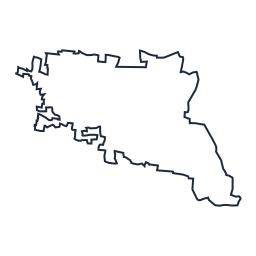 outline of Xocchel, Yucatán, Mexico
{"feature_id": "50627088B37931435586909", "entity_name": "Xocchel", "entity_type": "district", "adm_level": 2, "iso_a3": "MEX", "parent_name": "Mexico", "parent_adm1": "Yucatán", "projection": "albers", "projection_center": [-89.147, 20.795], "detail": "fine", "context": "isolated", "style": "outline", "palette": "slate", "viewbox_px": 256, "rotation_deg": 0, "n_neighbors": 0, "source": "geoboundaries", "source_scale": "gbopen_adm2", "svg_char_len": 4733}
<svg xmlns="http://www.w3.org/2000/svg" viewBox="0 0 256 256"><path d="M195.4,90.1L196.6,86.9L198.5,79.7L196.8,72.3L196.6,71.9L196.2,71.9L192.9,72.5L192.4,72.6L189.2,74.4L186.3,72.7L183.8,71.7L182.5,71.7L180.7,72.1L181.7,67.7L183.2,59.7L183.2,58.6L182.8,57.1L179.9,56.6L179.5,55.9L178.0,52.2L176.6,52.6L172.5,54.2L170.2,55.2L165.8,56.9L163.6,57.7L156.9,57.6L156.8,55.7L153.5,55.5L149.3,54.4L144.2,51.8L140.0,50.6L140.2,57.6L140.7,59.6L141.0,61.9L143.3,61.8L146.8,61.6L145.9,67.2L116.2,66.8L118.2,62.6L119.6,57.7L117.9,56.8L116.7,56.7L107.9,54.9L105.7,54.8L105.7,58.7L105.4,62.1L103.2,62.0L98.0,61.4L98.4,55.4L96.3,54.8L94.2,54.5L92.1,54.9L91.1,55.0L89.2,55.1L88.4,55.1L87.2,55.1L86.4,54.8L85.3,54.5L84.1,53.8L82.4,53.2L81.6,52.7L80.1,51.5L79.0,51.0L78.6,53.3L75.5,53.6L73.7,53.4L74.2,52.1L74.4,51.8L74.5,51.5L73.5,51.4L62.2,50.3L61.9,50.9L61.7,51.7L58.2,51.4L58.1,52.4L58.2,53.5L58.7,54.5L46.6,53.2L46.3,53.2L46.2,53.2L45.9,53.2L46.8,54.9L46.5,57.2L46.3,57.9L46.1,61.0L45.6,63.2L45.0,64.9L47.4,65.1L47.3,66.0L47.4,67.3L47.4,68.1L47.8,68.2L47.9,68.7L47.6,74.7L46.0,74.4L45.4,74.2L40.3,71.9L39.2,71.7L40.0,68.8L40.6,65.3L41.0,61.8L41.3,59.3L37.6,57.6L35.4,57.3L33.9,56.7L33.5,58.2L32.9,60.3L32.4,62.9L32.5,66.0L32.5,66.3L32.3,69.1L31.3,71.4L29.1,70.9L27.0,69.2L26.9,70.9L22.9,68.8L22.0,68.5L19.7,68.0L18.3,67.1L18.0,70.6L17.8,71.8L17.2,73.4L15.4,73.2L23.1,76.8L23.3,73.8L28.7,74.3L28.9,74.4L29.0,75.6L31.4,76.1L30.9,78.6L32.2,81.2L33.2,84.8L35.4,84.4L36.6,83.7L37.2,83.1L37.1,84.9L36.9,86.0L36.7,89.2L40.8,88.8L40.2,89.9L39.8,92.4L40.5,94.7L40.7,94.8L44.2,94.3L42.4,96.5L41.8,99.4L44.1,99.6L44.0,99.8L43.8,101.0L43.8,103.9L42.7,103.6L42.2,103.7L41.7,107.6L36.8,106.6L36.9,110.1L39.6,111.3L44.6,111.3L46.2,111.3L46.2,109.3L46.1,107.4L48.8,107.5L49.3,107.2L51.8,107.4L52.3,108.6L52.2,110.0L52.2,110.5L52.7,112.2L54.2,113.8L55.2,114.8L57.5,115.2L59.3,116.4L59.3,116.9L59.5,117.6L59.5,118.2L59.7,119.7L57.7,119.5L57.3,118.7L52.4,118.2L52.0,119.8L50.7,120.3L48.9,120.0L45.8,117.6L40.8,114.9L40.7,114.9L38.3,113.8L37.7,117.9L38.2,118.0L37.4,120.9L36.6,120.6L36.5,122.2L36.1,125.0L34.7,124.8L34.6,126.3L35.1,126.7L35.0,129.7L35.9,130.0L37.2,130.4L38.2,130.4L40.0,130.9L43.6,131.1L44.5,125.7L45.4,125.8L47.0,127.4L52.6,124.7L53.5,125.4L54.1,125.7L54.6,126.3L55.4,127.4L58.4,127.0L59.5,126.7L59.9,124.5L60.0,124.0L60.1,123.5L62.3,124.5L62.5,124.5L63.9,125.4L66.2,126.2L67.1,125.2L67.9,122.9L72.6,123.3L72.5,125.5L71.8,128.5L72.0,129.4L72.6,129.8L75.5,130.0L75.4,131.8L75.2,132.0L75.1,136.2L74.5,138.8L75.2,139.3L78.5,140.8L79.4,140.6L79.8,140.6L80.8,140.8L81.1,140.5L81.8,140.2L82.7,140.1L83.9,140.1L85.5,140.0L86.8,140.1L87.7,143.4L91.4,143.6L91.5,141.4L91.4,139.6L93.3,139.6L94.5,139.3L96.6,139.5L97.1,137.3L97.4,135.1L94.6,134.8L89.9,134.8L86.7,135.4L83.6,135.7L82.5,135.4L82.5,133.1L81.9,131.2L83.3,130.9L83.8,130.9L84.9,130.9L86.9,131.3L86.6,128.2L86.3,127.8L88.7,127.6L90.5,128.4L93.0,128.2L96.2,128.1L98.5,126.8L100.1,126.6L100.2,132.8L100.8,136.1L105.0,137.2L104.6,140.8L103.4,143.1L103.3,143.6L103.3,144.5L103.1,144.9L102.5,144.7L99.9,144.6L99.3,145.4L98.6,147.1L98.5,148.6L98.5,149.8L101.1,150.1L102.2,150.1L103.3,150.2L104.4,150.3L105.3,150.5L105.2,151.0L105.3,151.8L105.0,153.1L104.6,154.7L104.5,156.2L104.4,157.1L104.4,157.7L104.7,158.1L104.9,161.3L108.7,162.8L109.1,163.0L110.8,163.0L111.9,163.3L115.2,163.6L116.8,163.4L115.7,160.3L115.4,159.6L114.7,158.6L115.2,154.6L114.7,152.6L114.6,151.9L114.7,151.0L117.4,151.6L123.3,152.9L123.8,157.0L124.4,157.0L125.5,157.3L126.3,157.8L130.1,160.2L131.1,161.9L131.3,162.9L133.7,163.7L137.3,164.4L138.4,164.4L141.2,163.7L142.0,163.6L144.5,166.1L144.6,165.2L144.9,164.3L145.7,162.9L145.9,162.2L146.3,162.3L146.5,162.7L148.6,163.3L149.0,164.1L149.4,164.7L150.4,164.5L151.7,164.7L154.5,165.1L155.6,165.2L156.4,165.3L157.9,165.5L157.5,168.1L157.1,169.7L157.1,170.3L172.9,171.6L173.2,172.3L173.1,173.1L182.6,174.5L187.9,176.2L188.9,178.4L193.2,178.6L192.4,189.4L196.8,198.5L197.3,199.2L198.1,200.0L198.4,200.1L200.3,200.2L202.3,199.3L204.8,198.4L206.9,198.1L208.1,197.6L208.9,200.0L215.1,205.2L216.5,205.4L219.9,205.7L223.0,205.1L225.8,204.9L230.7,205.4L234.2,205.5L237.5,205.3L238.7,201.7L240.6,198.6L239.7,196.7L239.3,196.4L235.4,196.6L232.4,195.3L230.9,194.8L232.6,189.0L232.6,180.7L232.7,180.2L232.5,177.7L228.8,175.5L226.3,175.1L226.1,173.6L225.1,171.9L224.7,170.8L223.3,169.1L222.6,166.3L221.1,160.2L216.1,151.7L216.3,149.4L216.3,147.0L216.0,146.6L215.6,145.3L213.2,140.6L204.2,124.5L202.9,124.5L195.9,123.3L191.1,123.0L189.8,123.2L189.6,118.7L188.6,118.6L185.6,117.4L184.5,117.1L184.8,112.1L186.7,112.3L187.8,112.1L188.5,110.0L188.5,109.8L188.5,109.5L188.5,109.4L188.5,109.1L188.5,107.8L188.3,103.7L188.3,103.4L188.3,102.2L195.4,90.1Z" fill="none" stroke="#1e293b" stroke-width="2"/></svg>